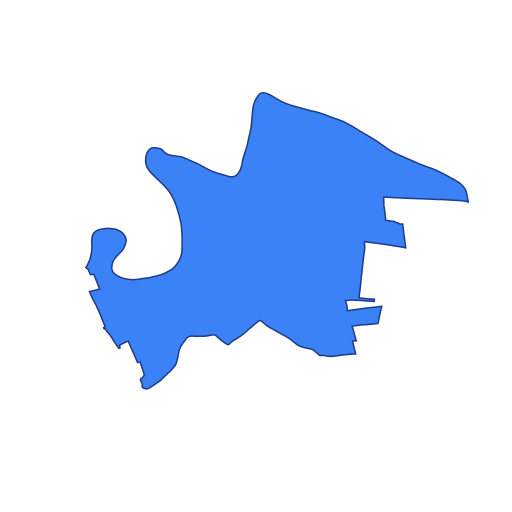 Yen Khanh, Ninh Bình, Vietnam (Natural Earth projection), rotated 303°
{"feature_id": "81297802B59755992581592", "entity_name": "Yen Khanh", "entity_type": "district", "adm_level": 2, "iso_a3": "VNM", "parent_name": "Vietnam", "parent_adm1": "Ninh Bình", "projection": "natural_earth1", "projection_center": [106.072, 20.189], "detail": "fine", "context": "isolated", "style": "filled", "palette": "blue", "viewbox_px": 512, "rotation_deg": 303, "n_neighbors": 0, "source": "geoboundaries", "source_scale": "gbopen_adm2", "svg_char_len": 6131}
<svg xmlns="http://www.w3.org/2000/svg" viewBox="0 0 512 512"><g transform="rotate(303 256 256)"><path d="M86.2,237.8L88.2,238.9L90.8,240.1L92.9,241.0L95.1,241.8L96.8,242.6L99.2,243.6L101.2,244.1L102.8,244.4L104.9,244.9L107.7,245.6L109.9,245.8L111.6,246.6L114.5,247.1L115.7,247.3L119.3,247.8L120.3,247.8L122.5,247.6L123.5,247.4L125.0,246.8L128.9,245.4L132.0,244.1L134.1,243.3L135.8,242.8L137.9,242.3L139.3,242.2L142.3,242.1L146.2,242.4L149.5,242.6L150.3,242.8L151.1,243.1L151.9,243.6L152.4,244.0L153.3,245.0L154.6,247.0L156.2,249.7L158.3,252.8L160.8,256.7L162.8,259.0L166.1,262.5L166.5,263.0L166.9,263.6L167.1,264.1L167.3,264.8L167.4,265.4L167.3,266.2L166.8,269.0L166.3,273.4L166.1,276.9L166.1,278.2L166.2,280.2L166.3,280.6L166.6,281.0L167.0,281.3L167.2,281.5L169.1,281.9L170.2,282.2L171.2,282.5L172.9,283.2L175.3,284.4L179.1,286.1L181.3,287.0L183.8,287.9L185.5,288.4L187.7,289.1L190.5,289.8L193.4,290.7L201.3,293.0L202.5,293.5L203.4,294.0L204.0,294.3L204.2,294.6L204.3,294.9L204.4,295.4L204.4,296.0L204.1,298.6L203.6,301.7L203.5,302.2L203.5,302.9L203.4,305.1L203.5,307.1L203.9,310.7L204.0,315.1L204.4,319.6L204.7,323.7L204.8,325.2L204.9,328.9L204.8,330.1L204.7,331.9L204.1,337.9L204.0,338.8L204.0,339.5L204.2,341.5L204.8,344.4L205.2,345.6L205.6,346.8L207.7,352.4L208.2,353.6L208.3,354.1L208.4,354.6L208.4,355.1L208.2,357.3L207.4,362.6L207.4,363.5L207.8,364.5L208.1,364.9L208.9,366.0L209.3,366.5L209.5,366.8L209.6,367.2L210.5,369.5L211.4,371.4L212.1,372.7L212.9,373.9L213.7,375.1L215.6,377.3L218.4,380.6L220.4,382.9L225.1,388.8L228.2,393.0L229.4,391.7L230.9,390.0L237.3,383.2L239.5,386.3L242.0,383.4L243.1,382.2L244.0,381.1L247.5,377.3L249.5,374.7L253.3,379.3L254.6,380.8L256.2,382.6L258.8,386.3L265.8,395.1L270.9,393.1L277.4,390.6L282.3,388.9L280.2,386.4L276.3,381.7L272.5,376.9L268.2,372.0L264.2,367.3L259.8,362.4L261.8,360.9L263.3,359.9L267.4,355.3L271.0,360.0L276.0,368.5L278.0,372.3L282.4,379.9L284.3,378.8L281.0,373.1L277.0,365.2L280.8,363.3L281.5,363.0L286.4,360.6L289.5,359.0L291.5,358.1L292.4,357.4L299.8,353.8L309.1,349.1L312.9,347.2L317.5,345.0L319.9,343.9L324.0,341.6L324.3,341.2L324.2,340.8L327.1,339.3L328.2,341.5L332.0,349.5L336.0,357.8L337.9,362.0L339.5,365.9L342.1,371.6L344.4,377.1L349.8,372.5L356.6,366.6L358.5,365.2L359.8,364.1L361.5,362.5L362.7,361.5L361.4,359.8L361.3,359.4L361.0,357.1L360.7,356.0L360.2,354.9L360.2,354.7L360.3,353.0L358.6,349.7L356.6,345.2L359.3,343.2L362.9,340.2L366.1,337.5L367.4,336.3L368.3,335.5L371.2,333.6L373.0,332.3L375.0,331.1L380.7,340.9L385.3,348.8L389.7,356.3L398.6,371.1L402.6,378.1L404.3,380.6L408.3,387.7L414.0,397.7L415.7,401.1L416.3,402.7L416.9,404.6L418.9,402.7L422.8,399.0L424.6,397.0L425.3,396.2L425.9,395.1L426.8,392.9L427.6,390.4L427.7,389.6L428.1,387.2L428.1,384.3L428.0,380.3L427.6,376.4L427.4,373.0L427.0,368.2L426.4,363.3L425.8,359.1L425.2,356.0L424.2,352.2L423.5,348.8L422.2,342.7L421.3,337.2L420.4,331.7L419.5,326.2L418.6,320.8L417.9,315.5L417.5,310.5L417.6,306.6L417.8,303.7L418.1,293.9L418.0,288.7L417.8,283.6L417.5,278.7L417.4,274.2L417.1,264.8L416.7,259.2L416.4,256.2L415.9,253.9L414.9,249.6L414.3,247.3L413.0,241.6L411.8,235.9L410.6,231.1L409.3,227.0L408.3,224.4L407.7,223.0L406.3,218.5L402.9,207.9L401.3,202.5L400.2,197.9L399.8,195.4L399.3,192.0L399.2,189.8L399.0,186.1L399.0,183.1L398.8,180.2L398.7,179.2L398.0,175.9L397.8,175.3L397.5,174.6L397.2,173.9L396.8,173.1L396.0,172.2L395.1,171.4L394.5,171.1L393.7,170.8L392.8,170.6L391.9,170.5L388.5,170.5L386.1,170.6L384.4,170.9L382.7,171.3L379.4,172.4L370.6,176.9L364.2,180.3L362.0,181.4L356.0,183.9L351.9,185.3L345.7,187.7L341.8,189.0L331.9,191.7L330.0,192.3L324.9,194.4L322.8,195.1L320.8,195.6L319.1,195.9L316.1,196.0L313.8,195.8L312.9,195.5L311.4,194.8L310.6,194.2L309.8,193.3L308.4,191.1L308.0,190.2L307.7,189.2L306.7,185.8L304.2,177.5L303.7,175.3L303.2,173.6L303.0,172.4L302.5,168.0L301.6,156.9L301.1,153.6L300.5,150.5L299.7,145.0L298.8,140.4L298.4,139.1L297.1,136.2L295.1,132.2L294.1,129.5L293.5,128.2L293.2,127.3L293.1,125.6L293.1,124.2L293.3,121.8L294.0,119.3L293.9,117.6L292.2,112.9L291.0,111.1L289.9,109.8L288.4,109.0L286.6,108.5L284.6,108.4L282.6,108.6L280.0,109.3L277.2,110.6L274.9,112.1L272.8,114.1L270.8,116.8L269.7,119.4L268.8,121.8L268.2,124.3L267.6,127.2L266.9,131.2L265.8,136.7L265.2,139.7L263.6,145.8L262.1,149.7L260.1,153.6L257.9,157.3L254.9,161.5L250.9,166.3L248.3,169.4L242.5,175.3L238.3,178.8L233.2,182.6L226.3,187.2L222.9,189.3L219.5,191.4L215.6,193.0L214.0,193.4L209.7,194.0L206.0,194.0L203.4,193.8L201.1,193.3L198.9,192.6L195.4,190.8L191.8,188.8L188.6,186.6L184.8,183.1L179.8,178.5L176.1,174.0L172.3,169.9L170.4,167.5L169.1,165.7L168.2,164.2L166.4,160.5L165.2,157.5L164.7,155.4L164.2,153.2L163.9,149.8L164.0,148.3L164.1,146.9L164.4,145.6L164.8,144.5L165.7,143.2L166.4,142.3L167.2,141.7L168.2,141.1L170.7,139.9L173.2,139.2L175.3,139.0L177.4,139.0L182.0,139.7L184.7,140.3L186.9,140.7L188.9,140.9L191.0,140.8L194.1,140.2L196.3,139.6L198.6,138.5L199.6,137.6L200.4,136.6L200.9,135.8L201.3,135.2L201.7,134.5L202.1,133.4L202.5,132.0L202.8,130.9L202.8,129.9L202.8,128.6L202.7,127.5L202.5,125.7L202.2,124.3L202.0,123.7L201.2,121.8L199.4,118.2L197.9,115.8L197.1,114.9L194.5,111.9L191.9,109.5L189.5,108.1L187.1,107.4L184.5,107.6L181.9,108.5L179.3,110.0L176.7,111.7L174.2,113.5L171.1,115.3L167.6,116.8L164.5,118.0L160.9,118.9L157.4,119.4L153.6,119.6L153.5,120.9L153.5,121.8L153.3,122.6L152.9,123.3L152.3,124.0L150.2,127.3L152.3,129.8L152.3,130.0L149.8,133.5L146.5,138.1L143.2,142.8L141.8,141.6L139.8,139.8L136.4,136.7L135.4,135.8L132.3,140.4L131.3,142.1L127.5,148.9L125.7,151.6L124.9,152.9L121.4,158.4L119.5,160.7L117.1,164.3L114.6,168.0L112.8,167.2L112.1,168.5L113.0,169.4L111.6,171.6L110.5,176.0L109.8,177.4L108.7,180.1L108.0,181.3L106.1,185.6L104.7,189.2L104.2,190.4L104.0,191.3L104.1,191.7L104.5,192.0L104.9,192.0L107.0,190.2L113.5,194.0L115.0,195.1L111.6,200.4L102.1,214.7L104.0,216.5L101.1,220.2L95.5,227.1L92.8,227.1L91.7,226.8L90.7,226.3L89.8,226.2L89.3,226.4L88.8,226.9L88.4,227.4L87.9,228.2L87.5,228.9L87.2,229.6L86.7,230.3L86.0,230.8L85.4,231.0L84.3,231.9L83.9,232.9L83.9,233.6L84.2,234.9L84.7,235.9L85.2,236.9L86.2,237.8Z" fill="#3b82f6" stroke="#1e3a8a" stroke-width="1.5"/></g></svg>